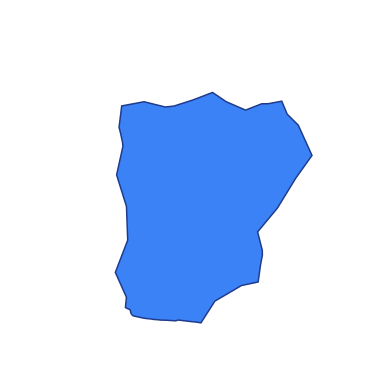 Saixandulaan, Dornogovi, Mongolia (Equal Earth projection), rotated 137°
{"feature_id": "93677404B55726932158905", "entity_name": "Saixandulaan", "entity_type": "district", "adm_level": 2, "iso_a3": "MNG", "parent_name": "Mongolia", "parent_adm1": "Dornogovi", "projection": "equal_earth", "projection_center": [109.601, 44.783], "detail": "fine", "context": "isolated", "style": "filled", "palette": "blue", "viewbox_px": 384, "rotation_deg": 137, "n_neighbors": 0, "source": "geoboundaries", "source_scale": "gbopen_adm2", "svg_char_len": 1304}
<svg xmlns="http://www.w3.org/2000/svg" viewBox="0 0 384 384"><g transform="rotate(137 192 192)"><path d="M106.5,131.4L79.3,136.9L68.7,168.4L69.3,184.0L64.4,197.2L75.9,204.5L80.9,209.0L97.0,215.4L105.4,234.7L109.1,250.8L128.8,258.8L146.5,267.1L153.5,272.3L161.1,283.9L165.5,290.7L184.7,302.9L201.3,289.0L203.3,285.2L205.2,282.0L206.4,280.0L209.0,275.6L209.3,275.2L209.6,274.9L210.2,274.1L211.1,272.9L211.4,272.5L235.5,255.9L249.8,226.1L271.9,200.6L302.9,185.5L311.7,159.8L319.5,152.9L319.0,151.6L318.7,150.7L318.1,149.4L317.7,148.8L317.7,148.3L317.8,148.0L317.9,147.6L318.1,147.0L318.4,146.6L319.1,145.6L319.4,144.8L319.6,143.5L319.6,141.8L318.1,139.5L314.7,134.6L313.9,133.4L312.3,131.3L309.3,127.9L308.5,127.0L307.2,125.2L306.6,124.6L306.0,124.0L305.6,123.4L304.8,122.6L303.8,121.5L303.2,120.8L302.6,120.1L301.6,119.0L300.6,118.1L300.2,117.7L299.5,117.0L298.4,115.9L297.6,115.1L296.7,114.1L295.4,112.7L294.6,111.9L292.7,109.9L292.1,109.2L291.4,108.7L290.3,108.3L289.8,108.0L289.5,107.8L289.2,107.5L288.5,106.7L287.1,105.0L286.1,103.8L284.7,102.2L283.6,100.8L281.5,98.4L280.5,97.2L279.4,96.0L277.9,94.3L277.0,93.2L274.7,90.2L249.7,96.6L219.7,89.9L205.0,81.1L199.8,85.3L191.4,92.1L183.5,97.9L180.3,101.5L171.2,118.1L140.5,122.0L106.5,131.4Z" fill="#3b82f6" stroke="#1e3a8a" stroke-width="1.5"/></g></svg>